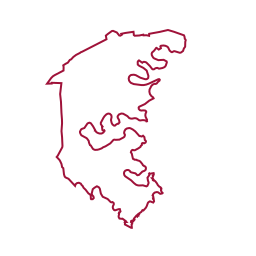 the district of Canada Bay, New South Wales, Australia, rotated 77°
{"feature_id": "25037944B91720609998953", "entity_name": "Canada Bay", "entity_type": "district", "adm_level": 2, "iso_a3": "AUS", "parent_name": "Australia", "parent_adm1": "New South Wales", "projection": "equal_earth", "projection_center": [151.126, -33.849], "detail": "fine", "context": "isolated", "style": "outline", "palette": "rose", "viewbox_px": 256, "rotation_deg": 77, "n_neighbors": 0, "source": "geoboundaries", "source_scale": "gbopen_adm2", "svg_char_len": 5917}
<svg xmlns="http://www.w3.org/2000/svg" viewBox="0 0 256 256"><g transform="rotate(77 128 128)"><path d="M122.1,194.3L130.8,195.9L132.0,196.4L139.2,202.7L140.2,204.0L143.6,202.0L145.2,201.5L148.1,200.9L151.3,201.0L152.6,200.1L158.8,200.8L161.1,200.6L162.1,200.0L164.1,197.4L172.5,192.6L171.0,191.7L170.2,190.0L170.3,188.2L171.6,186.5L173.2,186.0L174.1,185.3L176.3,184.7L178.6,183.2L182.8,181.3L184.5,179.7L185.8,179.6L188.7,180.1L189.1,179.9L189.4,178.4L188.5,177.1L186.9,177.1L185.3,178.0L183.7,178.1L179.7,176.1L178.7,174.2L177.8,171.5L178.0,171.1L179.4,169.6L181.0,169.1L185.8,169.2L189.3,168.1L192.6,163.8L196.2,161.6L196.7,160.9L196.7,159.7L198.0,158.8L199.2,159.0L200.8,160.3L201.9,160.7L203.2,160.7L204.8,160.0L205.3,159.2L205.0,155.3L205.2,154.2L207.6,154.1L208.6,155.4L208.4,155.8L209.0,156.1L209.1,155.9L210.3,156.2L211.8,157.0L212.9,157.1L214.3,156.7L215.1,154.4L215.1,153.8L216.0,153.0L217.9,151.4L218.0,151.6L219.3,150.7L219.2,152.2L218.3,153.0L219.3,152.2L221.3,152.7L226.0,147.3L226.1,146.7L222.8,146.2L222.2,145.4L221.5,145.3L220.3,146.3L219.3,145.8L219.2,145.1L219.9,144.3L219.7,144.1L220.0,143.8L218.9,142.4L218.3,143.0L217.9,142.6L217.9,142.8L217.6,142.6L215.5,139.8L216.4,138.9L215.6,138.4L215.0,138.9L214.8,138.5L215.3,137.9L214.9,137.9L214.6,138.1L214.2,137.4L214.8,136.8L214.6,136.6L214.0,137.0L212.7,133.8L211.3,132.4L211.3,132.1L211.8,131.5L209.7,128.5L208.3,127.3L205.5,125.5L205.0,124.9L204.4,123.4L204.6,122.7L206.3,120.2L205.6,119.4L205.3,119.1L202.5,119.0L202.5,119.5L202.1,119.5L202.1,118.9L200.1,118.8L199.4,119.2L199.1,118.8L198.4,118.7L197.5,117.6L196.9,116.4L196.9,114.4L197.3,113.3L199.4,111.4L199.5,109.6L199.1,108.9L198.1,109.5L196.5,109.9L196.1,109.9L195.7,109.5L194.7,109.6L194.5,109.1L194.2,109.1L193.0,109.7L192.2,110.7L190.3,111.8L188.4,112.3L186.0,113.4L184.8,114.4L185.0,114.8L184.4,115.5L183.6,115.4L183.5,114.9L183.2,115.0L183.2,115.4L182.5,115.8L182.6,115.3L181.7,115.2L180.2,114.1L179.9,114.4L178.8,113.2L177.7,113.2L177.5,117.0L177.0,117.4L177.4,117.8L177.9,117.5L178.7,117.8L180.8,120.2L183.8,120.4L185.6,120.2L186.6,120.5L188.7,122.1L189.0,123.2L187.2,126.4L186.5,130.2L186.0,131.5L185.1,132.9L183.0,134.6L179.7,136.7L174.4,141.6L172.9,142.2L171.1,142.1L169.8,141.4L169.0,140.3L168.7,138.7L168.9,137.4L169.4,136.6L170.4,135.8L171.4,135.5L172.0,134.7L173.9,130.9L175.9,129.7L176.2,129.2L176.1,127.7L173.7,123.8L173.4,121.5L172.6,120.1L171.0,119.5L170.0,119.6L169.2,120.1L168.7,120.9L168.2,121.1L167.7,121.8L166.2,122.2L163.4,123.6L162.5,124.5L161.4,126.5L160.9,126.8L160.3,128.9L159.7,129.2L159.1,130.1L153.7,130.1L152.4,130.7L151.3,130.1L150.4,128.9L150.4,128.3L151.1,127.1L151.2,126.3L150.2,122.6L149.2,120.1L148.3,119.5L147.7,118.3L146.3,118.0L146.0,117.6L145.9,116.7L146.5,116.1L146.6,115.7L146.2,114.3L145.4,113.6L144.4,113.6L143.5,114.3L140.5,114.1L138.9,115.1L139.3,116.0L139.3,116.8L138.7,117.7L138.4,118.7L132.9,121.7L130.5,123.7L128.8,125.7L128.3,126.8L128.2,129.1L128.8,130.8L130.3,132.2L131.9,132.9L132.7,132.9L133.5,132.5L134.5,132.7L135.7,133.5L136.2,134.5L137.4,139.0L136.7,142.9L136.3,143.8L136.3,144.8L139.0,148.7L140.8,154.1L141.2,156.6L141.9,158.2L142.3,161.1L142.3,162.9L141.9,165.0L141.4,165.9L140.4,166.9L136.6,168.2L136.1,168.9L133.4,169.3L131.7,169.2L129.3,170.2L128.5,170.7L124.7,175.0L123.8,175.4L121.8,175.8L120.7,175.6L118.9,174.1L118.5,173.1L118.2,170.5L114.6,166.6L114.2,165.5L114.2,164.2L115.1,163.1L118.4,161.7L122.6,160.5L123.1,160.8L123.3,160.4L125.0,159.7L126.2,158.3L127.0,156.9L127.4,155.4L127.3,154.2L126.7,152.7L125.8,152.2L125.5,151.5L124.8,151.7L124.9,152.7L124.2,153.4L121.1,153.1L120.9,152.5L118.2,153.6L116.8,153.3L112.5,149.6L111.2,148.2L109.9,146.1L109.6,145.1L109.5,144.0L110.1,142.5L111.8,141.4L113.6,141.5L116.4,142.8L119.2,142.8L121.1,142.3L122.6,141.0L122.7,140.0L122.1,139.1L121.5,137.2L121.7,136.4L120.6,135.0L118.2,134.9L115.6,135.7L114.3,135.5L112.8,133.8L112.4,131.3L113.0,129.5L114.9,127.4L116.3,125.9L118.7,124.5L119.5,123.0L119.8,122.0L119.9,119.5L120.3,118.1L121.0,117.1L123.0,115.3L123.4,114.3L123.6,112.0L124.0,110.6L124.8,108.9L125.7,108.6L125.7,108.1L125.1,108.2L124.8,107.8L124.3,107.6L121.3,108.3L119.8,108.3L118.2,107.8L116.5,106.6L115.8,106.6L114.8,107.4L114.2,109.4L114.0,111.1L113.3,112.4L111.9,113.2L110.4,113.0L109.8,112.3L108.5,106.2L106.1,101.1L104.9,96.4L103.9,96.6L102.2,98.0L99.9,99.0L97.4,99.0L95.3,98.3L92.1,95.6L91.8,94.8L91.3,94.5L90.9,92.1L91.3,91.1L91.0,89.9L89.9,88.6L88.9,86.6L88.1,86.2L87.5,86.5L87.3,87.5L89.5,97.9L89.8,100.5L89.7,103.1L89.2,105.2L86.5,112.5L84.7,115.0L83.2,115.9L81.9,116.3L80.0,116.2L78.5,115.5L77.7,114.6L77.1,113.4L77.1,112.4L77.4,110.3L78.3,108.5L81.8,104.6L84.1,100.7L84.5,99.7L84.6,98.8L84.3,97.9L83.8,97.1L81.9,96.4L76.2,96.9L72.9,99.5L69.9,103.1L68.4,104.2L65.8,103.7L65.0,103.0L64.6,102.1L67.6,99.4L67.2,98.6L67.1,97.6L67.6,96.4L68.3,95.4L72.6,92.7L75.9,91.2L76.5,90.5L76.6,89.3L76.0,88.0L75.9,86.9L76.1,85.7L77.0,84.7L77.2,84.1L77.3,80.9L76.9,78.8L76.3,77.8L75.6,77.1L72.8,75.4L71.8,75.4L69.6,77.9L68.7,83.2L66.1,86.8L65.1,87.6L62.6,88.4L61.1,88.3L59.9,87.6L58.5,85.1L56.3,82.5L56.3,82.2L58.5,80.4L57.7,78.0L55.7,78.1L55.4,77.7L55.3,77.2L55.6,74.8L56.4,72.9L57.6,71.4L58.5,70.8L62.0,70.0L63.8,68.6L64.0,67.9L63.5,66.0L63.6,65.4L66.3,60.7L66.4,60.0L66.3,59.2L65.3,57.0L63.1,55.7L62.0,54.4L61.5,54.0L56.9,52.8L55.4,52.0L54.7,52.1L53.9,52.6L51.8,52.4L50.3,52.6L44.5,61.7L41.5,67.0L41.5,75.5L41.0,86.2L42.9,86.7L41.8,89.0L41.2,92.1L40.5,92.1L40.4,96.2L39.6,100.7L38.8,101.4L35.5,101.0L34.8,109.2L34.7,113.3L35.7,113.0L36.3,114.6L35.9,115.7L32.4,117.4L30.0,120.7L29.9,121.9L31.9,126.6L33.0,128.8L36.7,129.0L43.4,155.7L43.6,157.1L44.0,157.8L45.1,162.1L46.5,165.3L48.3,167.9L48.6,169.4L50.8,171.9L51.4,174.3L52.4,177.0L54.0,177.0L57.5,177.9L60.0,187.5L60.7,189.5L62.0,191.6L66.6,196.9L67.5,192.3L66.8,192.1L69.3,182.8L79.7,186.5L87.3,187.4L98.1,189.4L104.7,190.4L108.6,191.2L116.1,193.5L122.1,194.3Z" fill="none" stroke="#9f1239" stroke-width="2"/></g></svg>